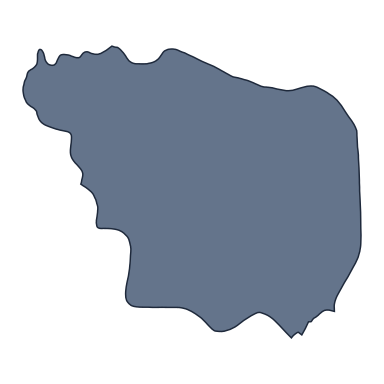 Thuy Nguyen, Hải Phòng, Vietnam
{"feature_id": "81297802B48433290328639", "entity_name": "Thuy Nguyen", "entity_type": "district", "adm_level": 2, "iso_a3": "VNM", "parent_name": "Vietnam", "parent_adm1": "Hải Phòng", "projection": "natural_earth1", "projection_center": [106.641, 20.943], "detail": "fine", "context": "isolated", "style": "filled", "palette": "slate", "viewbox_px": 384, "rotation_deg": 0, "n_neighbors": 0, "source": "geoboundaries", "source_scale": "gbopen_adm2", "svg_char_len": 5682}
<svg xmlns="http://www.w3.org/2000/svg" viewBox="0 0 384 384"><path d="M126.2,287.0L125.7,291.4L125.6,293.8L125.7,295.6L125.8,297.4L126.2,299.0L126.7,300.7L127.8,302.3L129.0,303.7L130.4,304.8L130.8,305.2L132.0,305.8L133.9,306.4L136.4,306.8L139.6,307.1L143.8,307.2L148.3,307.2L152.7,307.4L156.6,307.4L162.0,307.3L167.5,307.4L173.3,307.4L176.5,307.4L179.4,307.5L182.0,307.9L186.0,308.9L187.8,309.6L189.2,310.3L191.1,311.2L192.7,312.1L193.6,312.7L195.3,313.7L199.8,316.9L201.5,318.2L205.5,322.2L206.8,323.6L207.2,324.1L209.3,326.3L210.7,327.7L212.0,329.0L213.5,330.1L214.2,330.6L215.1,331.0L216.8,331.2L218.6,331.4L221.6,331.5L224.2,331.2L226.2,330.6L230.1,329.4L234.9,327.0L237.3,325.4L243.8,320.4L251.2,315.7L255.2,313.6L257.5,312.6L259.5,312.4L260.8,312.6L265.0,314.1L267.8,315.4L269.9,316.7L272.6,318.7L274.6,320.5L279.3,325.2L286.4,332.8L291.4,337.9L293.0,335.9L294.4,334.6L296.8,332.8L298.0,332.3L298.4,332.3L301.8,334.9L305.3,328.6L308.5,321.8L310.1,321.8L311.2,321.6L311.8,320.8L312.7,319.4L314.0,318.1L315.8,317.1L318.1,315.3L319.5,313.9L322.3,311.6L324.5,310.4L326.8,310.0L329.2,310.1L334.4,311.4L334.3,308.4L334.2,306.3L334.3,304.6L334.6,303.0L335.0,301.3L335.8,298.9L336.6,296.9L337.4,295.3L338.8,292.7L344.4,282.6L348.0,276.7L353.2,267.1L355.4,263.2L357.3,259.1L358.2,257.0L358.9,254.4L359.8,251.3L360.0,249.9L360.5,247.1L360.7,245.2L360.8,243.1L361.0,235.4L360.8,228.7L360.7,219.2L360.6,212.3L360.3,205.3L360.0,198.3L359.6,190.9L359.6,187.1L359.4,182.8L359.4,180.2L359.0,168.2L358.5,159.8L358.4,157.3L358.4,155.1L358.2,153.1L358.0,150.9L357.5,147.0L357.4,144.5L357.1,138.5L356.9,135.2L356.9,133.4L356.7,130.6L355.4,127.3L353.9,124.3L351.6,120.7L348.5,116.5L345.6,112.2L341.3,105.5L337.0,100.2L332.7,96.3L328.8,93.8L327.3,92.7L324.4,91.0L317.2,87.3L315.6,86.7L313.4,86.1L310.7,86.0L307.0,86.3L300.8,87.9L296.9,89.1L292.7,90.3L288.5,90.7L286.3,90.7L281.3,89.8L276.9,89.0L272.3,87.8L268.4,87.3L268.0,87.3L266.5,87.1L264.0,87.0L260.9,86.2L259.8,85.7L256.9,84.4L255.2,83.7L253.6,82.9L250.9,81.8L249.2,81.1L247.6,80.5L246.2,80.1L244.1,79.6L241.6,78.8L239.2,78.2L238.3,77.9L236.8,77.6L235.1,77.3L233.5,77.0L232.4,76.6L231.6,76.2L230.0,75.4L228.5,74.5L225.7,73.0L224.0,72.0L221.4,70.6L219.0,69.2L216.2,67.7L213.8,66.4L211.7,65.5L210.3,64.9L208.1,64.0L206.3,63.2L204.4,62.4L201.9,61.3L200.3,60.5L197.1,58.9L194.0,57.3L192.3,56.5L190.4,55.7L188.0,54.6L184.7,52.9L182.2,52.1L180.0,51.2L178.6,50.5L177.2,49.9L175.7,49.4L174.1,49.2L172.9,49.0L171.8,49.0L170.2,49.1L168.5,49.3L167.4,49.6L166.6,50.0L165.2,50.6L164.5,51.0L163.8,51.6L163.0,52.5L162.0,54.0L161.1,55.3L160.0,56.9L158.5,58.8L157.1,59.9L156.0,60.8L154.4,61.7L152.4,62.5L150.6,63.0L148.5,63.4L146.9,63.8L143.8,63.9L141.6,63.9L138.6,63.8L137.6,63.8L136.3,63.8L135.0,63.7L133.0,63.2L132.0,62.8L131.4,62.5L129.9,61.5L129.2,61.0L128.6,60.4L127.8,59.3L126.7,57.8L125.7,56.1L124.5,54.4L123.3,52.8L120.4,49.6L119.1,48.5L118.4,48.0L117.7,47.5L117.0,47.3L115.9,47.3L115.1,47.1L114.5,47.0L113.9,46.8L113.1,46.5L111.9,46.1L108.2,48.9L106.2,50.4L103.7,51.8L100.7,53.5L99.4,53.8L98.1,54.3L97.4,54.3L96.0,54.3L94.6,54.2L93.0,53.8L91.5,53.5L90.1,52.9L88.8,52.2L87.4,51.8L86.2,51.8L84.8,52.1L83.1,53.2L82.1,54.4L82.0,54.5L81.0,55.9L79.9,57.2L78.8,57.7L76.6,57.7L74.8,57.3L73.0,56.6L71.6,56.2L71.1,56.0L70.8,55.8L70.4,55.6L69.8,55.4L68.4,55.0L66.8,54.8L64.3,54.5L63.2,54.5L62.3,54.6L61.4,54.8L60.6,55.1L60.0,55.6L59.2,56.6L58.5,57.9L57.4,60.1L56.2,63.0L55.7,63.6L55.1,64.2L54.5,64.8L53.7,65.1L52.7,65.3L52.3,65.3L51.8,65.3L51.1,65.2L50.6,65.1L50.0,64.9L49.6,64.8L49.0,64.6L48.5,64.3L47.9,63.9L47.5,63.5L47.0,62.9L46.6,62.4L46.3,62.0L45.8,61.3L45.5,60.5L45.2,59.9L45.0,59.2L44.8,58.4L44.6,57.1L44.3,56.0L44.0,55.0L43.9,54.2L43.6,53.6L43.4,52.9L43.0,52.2L42.5,51.3L42.2,50.9L41.8,50.3L41.5,50.0L40.9,49.6L40.4,49.5L40.0,49.4L39.6,49.5L39.3,49.8L38.9,50.1L38.6,50.7L38.3,51.4L38.0,52.6L37.6,53.7L37.5,54.6L37.5,57.2L37.5,59.5L37.3,61.9L36.9,63.9L36.5,64.7L35.7,65.8L34.9,66.7L34.1,67.5L33.0,68.4L31.8,69.2L30.9,69.6L30.0,70.3L29.3,70.7L28.6,71.3L27.9,72.4L27.5,73.2L27.1,74.6L26.9,75.7L26.7,76.5L26.5,77.2L25.9,78.7L25.1,80.2L24.6,81.3L24.3,82.5L23.9,84.6L23.4,86.3L23.2,87.3L23.1,88.7L23.0,89.9L23.1,91.5L23.4,93.6L23.8,95.8L24.2,97.1L24.4,97.8L25.5,100.2L26.3,102.1L27.5,103.7L28.4,104.5L29.6,105.5L31.1,106.6L32.7,107.5L34.2,108.6L35.3,109.8L36.2,110.8L36.6,111.6L36.8,112.4L36.9,113.4L37.2,114.6L37.8,116.1L38.8,118.8L39.7,120.3L40.7,121.6L41.9,122.8L42.7,123.4L44.1,124.4L45.4,125.1L47.3,125.9L48.8,126.5L52.7,127.9L56.2,129.1L57.6,129.4L60.0,130.1L63.1,130.7L67.7,131.7L68.8,132.2L69.6,132.7L70.2,133.2L70.7,133.9L71.3,135.1L71.4,135.9L71.5,136.8L71.5,138.2L71.3,141.7L71.2,142.9L70.9,145.0L70.7,146.9L70.4,150.0L70.4,151.3L70.4,152.5L70.6,154.3L70.9,155.5L71.2,156.4L71.7,157.8L72.6,159.4L73.6,160.9L74.5,162.0L75.1,162.8L76.8,164.5L78.8,166.8L80.6,168.9L81.4,170.1L82.1,171.3L82.6,172.9L82.8,173.7L82.8,174.9L82.7,176.0L82.3,178.0L81.8,179.9L81.5,181.7L81.3,182.7L81.0,183.6L80.8,184.1L82.9,185.6L85.8,187.4L88.4,189.4L91.2,191.8L92.6,193.4L93.2,194.3L93.9,195.6L94.4,196.8L95.2,198.5L95.8,199.6L96.1,200.8L96.5,202.0L96.7,203.2L97.3,205.0L97.7,206.5L97.8,207.5L97.8,209.1L97.6,211.1L97.6,212.0L97.0,216.7L96.4,220.3L96.4,221.4L96.3,222.8L96.5,224.0L96.8,225.9L97.2,226.9L97.9,227.6L98.9,228.1L99.9,228.4L101.8,228.5L103.3,228.4L108.6,228.5L111.5,228.7L115.0,229.2L116.8,229.6L118.9,230.2L121.7,231.6L123.8,233.1L125.5,234.8L127.1,236.4L127.9,237.5L128.8,239.3L129.1,240.4L129.5,241.7L130.0,243.7L130.3,245.2L130.6,246.2L130.7,247.5L130.9,248.9L130.8,252.0L130.5,255.3L130.2,261.3L130.0,263.8L129.8,265.5L129.5,268.9L129.1,271.5L128.4,276.2L127.3,281.1L126.8,283.6L126.2,287.0Z" fill="#64748b" stroke="#1e293b" stroke-width="1.5"/></svg>